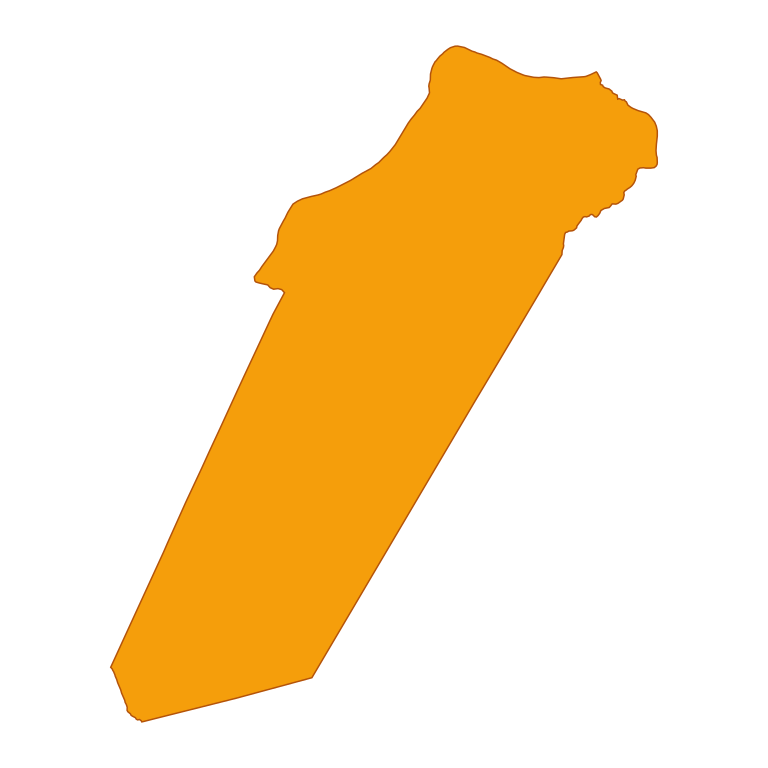 Juruti, Pará, Brazil (Albers equal-area conic projection)
{"feature_id": "56859067B6848818390929", "entity_name": "Juruti", "entity_type": "district", "adm_level": 2, "iso_a3": "BRA", "parent_name": "Brazil", "parent_adm1": "Pará", "projection": "albers", "projection_center": [-56.071, -2.648], "detail": "fine", "context": "isolated", "style": "filled", "palette": "amber", "viewbox_px": 768, "rotation_deg": 0, "n_neighbors": 0, "source": "geoboundaries", "source_scale": "gbopen_adm2", "svg_char_len": 2938}
<svg xmlns="http://www.w3.org/2000/svg" viewBox="0 0 768 768"><path d="M290.6,207.9L288.0,212.1L286.8,214.5L285.1,218.1L283.5,220.8L279.4,228.5L278.6,230.6L277.7,235.5L277.5,240.8L276.7,244.4L275.6,246.8L273.3,251.1L261.9,266.5L259.5,270.2L257.0,272.9L254.3,276.8L254.9,280.9L255.9,282.0L258.9,282.9L262.2,283.7L267.7,284.9L270.2,287.7L273.6,289.2L278.0,288.6L281.7,289.6L284.5,292.7L273.0,314.2L269.7,321.2L255.9,350.8L243.8,376.7L237.7,389.9L220.7,427.0L210.0,450.0L201.9,467.8L185.8,502.2L167.7,542.6L163.7,551.8L131.7,621.5L113.0,662.3L110.7,667.3L112.3,669.1L112.8,670.4L113.6,671.6L114.9,674.8L115.3,676.3L116.7,679.5L117.7,682.8L120.7,689.8L121.6,693.1L124.7,700.2L125.2,702.5L126.3,704.5L127.2,707.2L127.1,710.4L127.9,711.8L130.4,713.8L131.1,715.3L132.5,716.2L135.4,717.7L136.3,719.2L137.7,719.9L139.5,719.5L141.2,720.7L141.8,721.9L144.0,721.4L154.6,718.7L237.8,697.8L241.4,696.8L311.9,677.7L475.2,400.8L501.2,357.3L539.9,292.0L542.8,287.0L556.2,264.3L561.9,254.6L562.2,250.5L563.4,247.5L563.7,245.7L563.4,243.8L563.8,240.7L564.7,234.2L565.6,232.5L567.6,231.9L568.7,231.1L572.2,230.8L573.7,230.3L575.2,229.1L576.6,227.8L576.9,226.1L577.7,224.9L579.2,222.9L581.1,220.4L582.1,218.5L583.4,217.0L585.0,216.6L586.6,216.9L589.2,216.0L590.4,214.6L592.0,214.4L593.2,215.2L594.6,216.7L596.4,217.0L598.1,215.5L599.7,213.3L600.9,210.5L604.3,208.5L609.2,207.5L610.4,206.2L612.2,203.9L615.9,204.1L617.9,203.4L622.4,200.2L623.2,199.0L624.2,194.9L623.8,192.5L624.9,190.8L626.3,190.0L627.4,189.0L629.8,187.5L631.6,186.0L632.7,184.7L633.8,183.2L635.2,180.3L636.2,176.3L635.8,174.7L637.8,169.2L639.9,168.0L643.5,167.7L645.8,168.1L650.9,168.1L654.3,167.6L656.2,166.0L657.1,164.3L657.3,162.5L657.1,157.5L656.4,155.2L656.0,150.7L656.4,144.2L657.3,136.1L657.3,130.8L656.3,126.2L654.7,122.2L651.0,117.3L648.5,114.6L645.9,112.9L638.1,110.6L632.8,108.4L630.7,107.2L627.9,105.1L626.4,101.9L625.2,101.1L624.4,99.8L622.6,100.1L619.1,98.6L617.7,99.1L617.2,95.2L613.8,93.6L612.4,92.7L611.9,91.2L609.1,89.0L605.1,87.9L603.2,86.6L602.6,85.2L600.5,84.5L600.3,82.3L601.1,80.7L600.7,79.3L597.2,72.8L596.2,71.9L590.3,74.7L585.9,76.4L584.2,76.7L581.5,76.9L572.9,77.5L561.3,78.8L553.6,77.7L546.2,77.1L543.9,77.0L539.0,77.6L533.7,77.3L524.7,75.5L522.8,74.8L516.9,72.4L510.0,68.8L502.1,63.4L499.4,61.8L496.6,60.2L492.7,58.9L490.0,57.5L481.6,54.3L477.0,53.0L474.9,52.0L472.1,51.2L464.5,47.5L457.7,46.1L455.0,46.2L450.4,47.7L447.6,49.5L443.9,52.4L442.7,53.8L439.9,56.1L437.4,59.1L436.3,60.6L435.1,61.7L433.4,64.9L432.4,67.0L431.8,68.8L430.5,74.0L430.3,80.2L429.1,83.9L428.8,86.2L429.1,88.1L429.5,92.9L427.1,98.1L420.1,108.4L417.1,111.4L414.3,115.3L411.1,119.1L408.3,123.0L395.3,144.6L389.7,151.7L386.7,154.9L384.4,156.9L382.6,158.6L378.8,162.5L375.6,164.7L371.0,168.5L362.1,173.3L350.4,180.5L336.3,187.7L329.6,190.7L325.2,192.2L321.2,194.0L317.9,195.0L311.5,196.4L302.5,198.8L297.4,201.2L293.0,204.1L290.6,207.9Z" fill="#f59e0b" stroke="#b45309" stroke-width="1.5"/></svg>